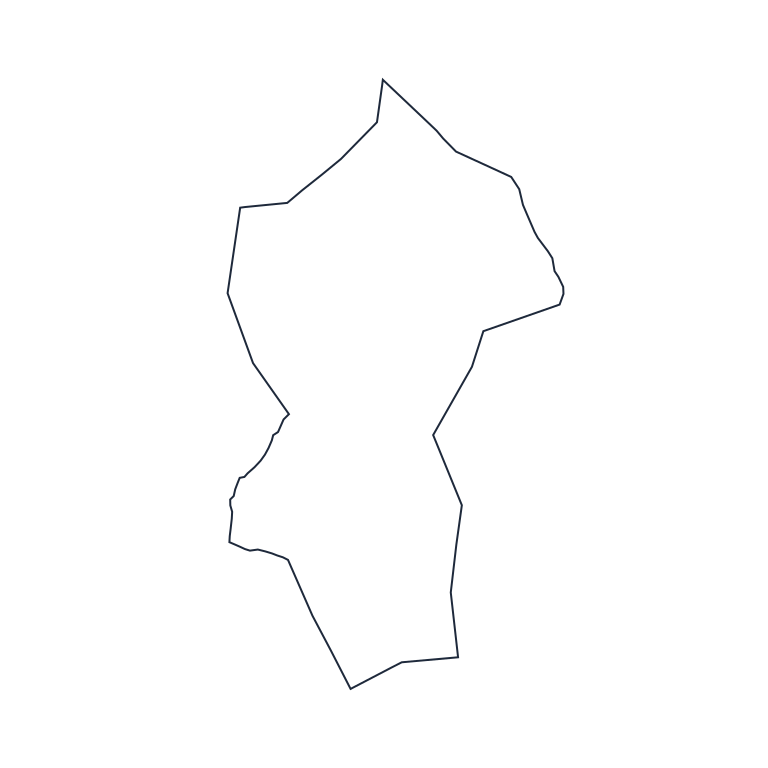 Bela Vista do Piauí, Piauí, Brazil, rotated 247°
{"feature_id": "56859067B1164348175841", "entity_name": "Bela Vista do Piauí", "entity_type": "district", "adm_level": 2, "iso_a3": "BRA", "parent_name": "Brazil", "parent_adm1": "Piauí", "projection": "mercator", "projection_center": [-41.861, -7.998], "detail": "fine", "context": "isolated", "style": "outline", "palette": "slate", "viewbox_px": 768, "rotation_deg": 247, "n_neighbors": 0, "source": "geoboundaries", "source_scale": "gbopen_adm2", "svg_char_len": 1078}
<svg xmlns="http://www.w3.org/2000/svg" viewBox="0 0 768 768"><g transform="rotate(247 384 384)"><path d="M602.5,320.5L528.7,275.5L454.4,271.6L393.4,284.7L390.6,277.7L385.8,272.6L381.2,267.7L380.2,262.0L375.9,258.7L370.2,252.7L365.5,246.8L361.6,240.4L358.0,232.3L355.1,223.6L353.0,219.2L354.0,214.5L350.2,210.7L345.2,205.9L339.6,201.9L337.8,197.3L332.3,195.1L325.7,194.3L319.4,191.2L314.8,188.6L310.7,186.3L304.3,182.6L298.8,179.9L294.1,184.4L290.5,187.8L286.4,191.5L283.0,195.5L280.9,203.2L276.3,209.3L271.8,214.7L267.9,218.7L264.0,223.2L259.6,226.9L198.7,227.6L158.8,231.0L116.4,234.1L120.1,280.4L120.9,291.6L103.5,345.4L166.0,364.0L208.0,387.9L242.0,408.3L301.1,409.1L317.8,409.3L365.5,471.7L393.8,496.1L388.5,576.7L396.8,584.4L403.4,586.9L414.5,586.4L421.2,585.1L434.0,588.1L442.3,586.7L458.3,582.7L465.3,582.0L485.0,581.9L494.6,581.9L510.5,584.6L524.9,582.0L569.8,541.1L586.8,534.4L596.6,531.4L609.3,525.9L664.5,501.8L660.0,499.2L627.7,479.8L608.0,432.4L600.9,408.3L594.3,384.4L588.5,365.7L601.2,325.2L602.5,320.5Z" fill="none" stroke="#1e293b" stroke-width="2"/></g></svg>